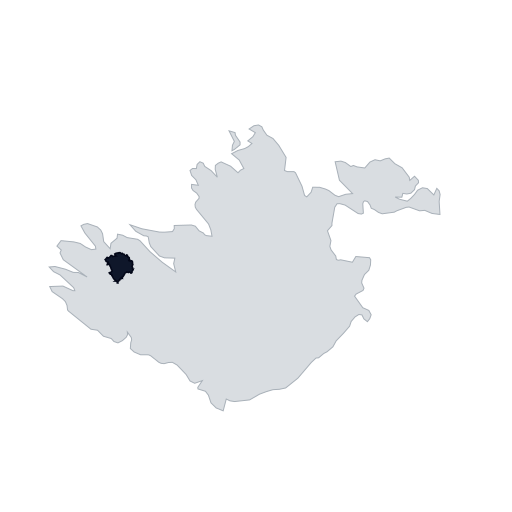 Castleisland Lea-4, Kerry, Ireland (highlighted), rotated 55°
{"feature_id": "5873133B10619392934553", "entity_name": "Castleisland Lea-4", "entity_type": "district", "adm_level": 2, "iso_a3": "IRL", "parent_name": "Ireland", "parent_adm1": "Kerry", "projection": "mercator", "projection_center": [-9.401, 52.23], "detail": "fine", "context": "in_parent", "style": "filled", "palette": "ink", "viewbox_px": 512, "rotation_deg": 55, "n_neighbors": 0, "source": "geoboundaries", "source_scale": "gbopen_adm2", "svg_char_len": 8351}
<svg xmlns="http://www.w3.org/2000/svg" viewBox="0 0 512 512"><g transform="rotate(55 256 256)"><path d="M312.8,96.1L303.7,102.5L302.3,105.0L299.7,114.8L299.4,117.6L293.8,128.4L290.5,130.7L285.8,132.4L283.0,134.2L279.6,133.3L275.3,133.4L273.1,135.4L273.2,136.9L274.5,138.6L282.5,143.5L282.1,145.6L279.8,148.0L265.4,153.8L261.2,157.3L259.7,159.6L261.2,163.5L272.7,175.0L274.6,176.3L276.3,183.0L286.4,185.8L290.5,190.0L294.1,191.0L301.8,190.7L305.0,192.2L306.7,191.0L307.7,188.8L316.4,180.6L313.7,174.5L322.5,164.0L324.9,164.2L329.0,167.4L332.4,171.8L333.4,177.8L336.6,183.1L338.7,184.9L344.3,186.0L345.6,188.1L344.6,195.8L345.4,198.3L359.6,198.2L365.3,194.8L370.2,195.4L372.6,198.8L373.7,202.4L369.4,203.7L365.0,203.0L362.9,205.3L362.7,209.8L364.2,215.6L367.2,219.6L369.5,228.8L371.5,239.0L374.5,245.1L375.2,252.7L374.7,256.4L375.3,263.1L374.0,265.4L374.9,271.7L380.1,291.8L381.1,307.4L378.6,313.3L375.2,318.8L373.0,325.4L371.2,332.4L370.2,343.8L362.9,357.1L359.7,360.4L356.1,362.4L364.0,371.7L357.6,375.8L350.5,377.1L342.7,374.8L337.8,375.0L331.6,379.8L330.2,379.0L327.3,371.4L325.1,379.2L320.6,381.7L312.9,381.2L300.0,383.2L295.1,385.5L293.0,388.9L291.5,393.0L289.5,395.3L287.2,396.6L277.3,399.5L275.3,400.7L270.7,407.2L264.7,410.9L259.7,412.0L255.2,408.3L253.4,406.0L251.3,404.9L244.5,405.0L246.7,406.2L248.1,408.9L248.7,413.9L248.0,418.9L244.6,421.4L240.6,421.9L234.2,427.0L225.9,428.4L221.3,433.2L193.6,441.2L192.1,441.3L188.2,439.2L184.1,438.3L180.0,439.0L168.3,443.4L162.7,442.5L169.9,431.4L179.5,425.8L180.5,424.3L177.4,423.5L159.1,427.4L152.7,430.8L146.4,431.7L149.3,426.7L157.5,419.7L164.6,415.1L167.6,411.0L176.3,406.4L148.5,416.0L141.1,414.8L139.4,412.1L133.7,413.4L131.6,406.9L140.0,397.1L144.9,392.8L150.8,390.5L156.4,387.2L158.5,383.2L155.8,381.9L139.0,383.0L130.9,382.1L131.3,378.9L132.8,375.4L141.2,369.3L145.7,368.3L149.7,368.9L156.9,372.5L166.4,371.3L162.4,367.5L161.7,359.6L158.7,356.9L162.5,353.3L167.0,351.0L174.4,343.4L177.0,342.3L191.6,340.4L207.4,336.4L223.0,330.9L215.0,327.8L211.2,323.7L205.0,332.0L200.6,335.1L188.0,336.8L184.1,335.9L178.5,333.3L176.7,334.3L175.1,336.3L166.8,340.3L158.1,341.3L168.2,333.9L181.1,321.3L184.0,317.3L188.1,310.4L186.8,307.3L184.1,305.5L193.5,291.2L196.8,288.6L202.7,288.2L207.1,285.9L209.1,285.9L210.8,285.0L214.6,280.7L208.7,278.0L202.6,276.5L183.6,278.0L181.1,277.7L178.8,276.4L177.3,274.5L176.1,269.6L174.7,268.5L170.5,268.5L166.2,270.0L163.3,269.8L160.4,267.7L165.0,262.7L159.1,261.5L153.1,262.5L148.1,261.0L147.9,257.8L150.2,254.7L147.2,251.7L146.6,247.9L149.7,246.0L153.2,246.6L160.3,243.8L169.3,242.5L161.6,239.7L158.5,237.3L158.3,233.7L158.9,230.6L167.9,225.3L177.5,223.0L176.8,219.5L177.4,215.8L167.8,214.7L158.2,217.3L159.2,210.2L161.5,203.7L162.0,199.4L161.5,194.8L157.0,196.7L156.5,190.2L154.6,185.8L148.0,188.8L148.1,183.0L150.1,178.8L153.5,177.1L157.0,177.8L163.3,177.8L169.5,174.7L178.4,173.9L192.5,174.8L202.3,183.6L204.8,182.0L208.7,176.5L210.5,175.9L225.2,178.3L234.3,181.5L236.7,180.5L235.4,174.3L232.2,170.1L236.2,164.5L241.0,160.7L244.2,158.8L251.5,156.5L254.8,154.3L256.9,147.1L260.3,141.1L241.8,144.2L224.2,137.1L227.0,132.0L230.7,129.2L237.1,127.0L237.7,124.3L241.0,122.1L246.3,116.4L244.4,108.8L245.4,103.3L249.3,99.7L250.5,94.5L252.2,90.7L260.1,89.3L267.6,85.7L279.3,85.3L282.3,86.7L281.6,80.4L287.1,79.6L289.2,80.8L290.1,85.3L292.6,88.1L293.4,93.1L291.7,96.9L288.9,99.8L291.5,102.8L287.5,108.2L291.8,105.9L297.9,100.6L297.6,96.3L296.5,90.8L294.8,85.9L295.6,80.5L299.0,77.0L308.0,75.3L304.3,69.1L307.6,68.6L311.2,69.9L316.4,74.7L327.5,81.5L322.1,87.4L315.4,91.6L312.8,96.1ZM156.3,212.5L156.0,215.3L151.8,211.8L149.7,208.0L138.0,206.3L142.9,202.4L145.3,203.6L153.5,203.7L155.8,205.3L156.3,212.5Z" fill="#d9dde1" stroke="#a8b0b8" stroke-width="1"/><path d="M198.2,366.8L197.7,366.6L197.4,366.3L197.3,365.9L197.3,365.7L197.1,365.4L197.0,365.0L196.9,365.0L196.8,364.6L196.5,364.6L196.4,364.3L196.3,364.5L196.2,364.5L196.3,364.4L196.1,364.2L195.7,364.3L195.4,364.1L195.2,364.0L195.1,363.9L194.8,363.7L194.5,363.7L194.3,363.6L194.0,363.6L193.7,363.5L193.4,363.6L193.4,363.4L192.9,362.8L192.8,362.6L192.6,362.4L192.6,362.1L192.3,362.0L192.3,361.8L192.2,361.8L192.1,362.0L192.0,361.9L191.9,361.7L191.7,361.5L191.2,361.6L191.1,361.3L190.7,360.9L190.4,360.8L190.2,360.8L190.1,360.7L189.5,360.3L189.1,360.4L188.9,360.5L188.5,360.6L188.3,361.1L188.2,361.3L188.2,361.5L188.4,361.7L188.1,361.8L187.8,361.7L187.3,361.7L187.0,361.6L186.9,361.8L186.8,362.3L187.1,362.7L186.9,362.8L186.6,362.4L186.3,362.5L186.2,361.8L185.8,361.4L185.5,361.3L185.4,361.2L185.1,361.0L184.9,361.0L184.6,360.8L183.6,361.1L183.5,361.3L183.4,361.2L183.0,361.4L182.9,361.3L182.6,361.4L182.5,361.5L182.3,361.4L181.9,361.3L181.7,360.9L180.9,361.2L180.9,361.4L181.1,362.0L181.3,362.0L181.5,362.0L181.4,362.3L180.9,362.5L180.7,362.9L180.3,363.0L179.8,363.2L179.5,363.2L179.0,363.0L178.6,363.5L178.3,363.6L177.9,363.8L177.2,363.9L177.2,364.1L177.3,364.7L176.8,364.9L176.3,365.1L176.2,365.0L175.3,365.4L175.3,365.5L175.3,365.8L175.1,365.9L175.0,366.0L174.9,366.1L174.8,366.3L174.7,366.3L174.7,366.7L174.6,366.8L174.8,367.0L174.8,367.3L174.4,367.3L174.2,367.5L174.2,367.9L173.8,368.1L173.8,368.3L173.7,368.6L173.8,368.9L173.7,369.5L173.3,369.6L173.3,369.8L173.4,370.0L173.3,370.3L173.3,370.6L173.5,370.6L173.8,370.6L174.0,370.8L174.3,370.9L174.6,370.6L175.0,370.6L175.4,370.8L175.6,370.7L175.5,370.9L175.5,371.0L175.3,371.4L175.3,371.6L175.2,371.7L175.3,371.8L175.1,372.0L174.9,372.3L174.6,372.6L174.5,372.9L174.5,373.1L174.5,373.4L174.4,373.7L174.0,373.7L173.7,373.6L173.3,373.8L172.9,373.8L172.7,374.1L172.4,374.5L172.8,375.7L172.9,375.8L172.9,376.1L172.9,376.3L173.0,376.5L173.0,376.9L173.1,377.2L173.0,377.3L173.0,377.5L173.0,378.4L172.8,378.4L172.8,378.5L172.6,378.5L172.3,378.6L172.1,378.9L172.0,378.7L171.9,378.8L172.0,378.9L171.8,378.8L171.7,378.8L171.7,379.0L172.1,379.4L172.0,379.6L172.0,379.9L172.0,380.0L172.2,380.5L172.3,380.7L172.3,380.9L172.3,381.1L172.4,381.7L173.3,381.6L173.7,381.7L173.9,381.8L174.0,381.8L174.3,381.9L174.7,381.8L174.7,381.6L175.0,381.4L175.4,381.3L175.6,381.3L175.8,381.2L175.9,380.8L176.1,380.8L176.4,380.6L176.5,380.7L176.4,380.7L176.4,380.9L176.6,381.2L176.8,381.6L177.2,382.2L177.2,382.3L177.6,382.9L177.8,383.0L177.9,382.8L177.9,382.7L177.9,382.4L178.2,381.8L178.5,381.6L178.6,381.3L178.6,381.0L178.5,380.9L179.1,380.9L179.2,381.0L179.5,381.0L180.4,381.4L180.7,381.3L181.0,381.4L181.3,381.4L182.3,381.6L182.7,381.7L182.9,381.9L183.1,382.0L183.9,382.1L184.6,382.3L184.9,382.1L185.3,382.1L185.7,382.5L186.0,382.9L186.0,383.2L186.0,383.9L185.9,384.2L185.9,384.4L186.1,384.8L185.9,385.1L185.8,385.3L185.6,385.4L185.6,385.6L185.5,385.8L185.8,385.9L186.0,385.8L186.2,386.0L186.6,385.9L187.2,385.8L187.4,385.8L187.6,385.4L187.9,385.3L188.1,385.0L188.3,384.8L188.7,384.8L188.8,384.9L189.1,385.0L189.3,385.4L189.6,385.4L189.8,385.3L189.9,385.2L190.0,385.3L190.4,385.3L190.8,385.4L191.2,385.3L191.3,385.4L191.6,385.4L191.8,385.6L192.0,385.7L192.0,385.8L191.9,385.9L192.0,385.8L192.0,385.7L192.5,385.7L192.9,385.6L193.3,385.6L193.8,385.5L194.3,385.2L195.0,385.0L195.4,385.1L195.4,385.6L195.6,385.7L195.6,385.9L195.8,385.6L196.1,385.3L196.5,385.1L196.3,384.7L196.9,384.5L197.3,384.6L197.5,384.7L197.8,384.7L198.0,384.8L198.4,384.8L198.5,384.8L198.6,385.0L198.7,384.9L198.6,384.7L198.4,384.5L198.6,384.4L198.4,384.3L198.2,384.3L198.2,384.2L198.0,383.9L198.0,383.7L197.9,383.6L197.9,383.8L197.8,383.6L197.6,383.5L197.7,383.4L197.6,383.2L197.7,382.8L197.6,382.7L197.3,382.3L197.4,382.2L197.5,382.2L197.4,382.0L197.3,381.9L197.3,382.0L197.2,381.9L197.1,381.6L197.1,381.4L197.1,381.2L196.9,381.0L196.9,380.9L197.0,380.9L196.9,380.8L196.9,380.7L197.0,380.6L197.1,380.4L197.1,380.2L197.2,379.8L197.1,379.7L197.3,379.6L197.4,379.4L197.4,379.2L197.2,379.1L197.1,378.9L197.2,378.7L197.3,378.6L197.2,378.6L197.3,378.5L197.2,378.4L197.4,378.2L196.7,377.9L196.5,377.7L196.4,377.4L196.4,377.2L196.5,377.0L196.4,377.0L196.5,376.7L196.4,376.5L196.4,376.4L196.4,376.2L196.2,376.0L196.2,375.9L196.2,375.7L196.2,375.4L195.9,375.0L195.8,374.9L195.6,374.9L195.5,374.7L195.5,374.3L195.4,374.3L195.4,374.0L195.2,373.6L194.8,373.2L194.9,372.7L195.1,371.4L194.9,370.9L196.2,370.2L196.4,370.0L196.5,369.7L196.3,369.0L196.3,368.8L196.4,368.7L197.8,368.3L198.2,368.4L198.4,368.2L198.5,368.0L198.5,367.8L198.5,367.6L198.5,367.4L198.2,367.1L198.2,366.8Z" fill="#0f172a" stroke="#020617" stroke-width="1.5"/></g></svg>